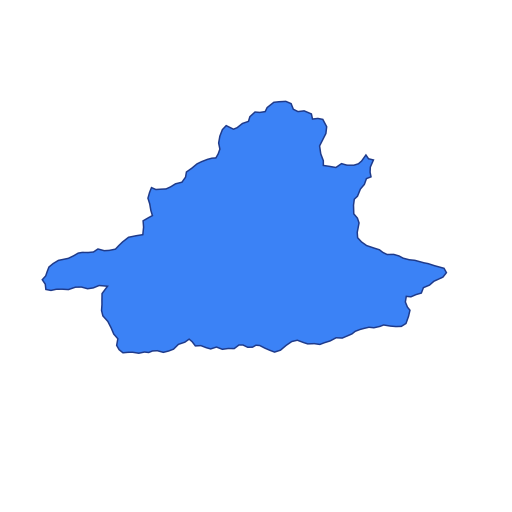 outline of Monteiro Lobato, São Paulo, Brazil, rotated 31°
{"feature_id": "56859067B72883060414156", "entity_name": "Monteiro Lobato", "entity_type": "district", "adm_level": 2, "iso_a3": "BRA", "parent_name": "Brazil", "parent_adm1": "São Paulo", "projection": "mercator", "projection_center": [-45.807, -22.938], "detail": "fine", "context": "isolated", "style": "filled", "palette": "blue", "viewbox_px": 512, "rotation_deg": 31, "n_neighbors": 0, "source": "geoboundaries", "source_scale": "gbopen_adm2", "svg_char_len": 2678}
<svg xmlns="http://www.w3.org/2000/svg" viewBox="0 0 512 512"><g transform="rotate(31 256 256)"><path d="M162.1,165.0L163.3,171.9L165.8,178.4L170.0,183.0L171.0,188.0L171.1,192.6L167.8,194.9L164.6,198.2L160.8,203.1L158.0,207.4L155.8,213.7L153.1,219.8L155.0,224.7L154.5,230.9L149.8,235.6L147.2,240.7L144.4,244.8L139.8,247.9L135.9,250.6L131.2,251.2L132.0,256.2L133.6,262.1L138.1,266.1L142.4,271.1L146.4,274.7L144.2,278.4L141.1,284.0L144.8,289.2L148.0,296.0L142.9,300.3L137.1,305.6L134.4,312.6L133.0,317.9L132.0,322.5L127.3,326.8L123.2,329.6L116.9,331.4L114.6,336.3L110.4,339.4L105.1,342.5L102.1,345.1L99.6,349.7L96.4,354.6L92.3,358.4L88.9,361.5L86.0,367.0L84.2,372.1L85.0,376.7L86.0,381.4L85.0,386.4L89.9,388.7L93.1,392.9L98.0,391.1L101.9,387.4L106.9,384.3L112.5,381.4L117.3,375.7L122.4,372.5L128.5,370.8L132.9,367.2L136.7,362.1L140.1,360.4L144.3,358.4L143.4,367.5L146.8,373.4L149.0,377.0L151.7,382.3L155.6,386.2L162.7,388.4L168.8,392.2L174.3,396.2L180.2,398.1L182.6,404.4L186.9,406.8L191.8,407.5L196.0,404.4L199.7,402.1L205.6,399.7L209.9,395.7L213.7,394.0L216.2,390.7L220.2,388.0L226.2,386.3L230.0,382.5L233.3,378.3L235.0,371.7L239.4,366.5L241.5,361.7L245.3,362.3L250.3,364.3L254.9,361.2L260.6,360.2L265.0,359.0L269.0,354.4L275.2,353.3L279.8,349.6L285.0,346.6L287.2,341.1L290.7,339.0L295.9,338.5L300.0,335.9L301.9,332.5L305.3,330.8L311.2,330.4L316.4,329.7L321.4,328.8L325.5,324.1L327.9,317.0L330.7,310.9L334.8,306.9L341.3,305.7L345.6,304.7L351.1,301.1L356.3,298.9L359.2,295.2L363.3,290.6L366.8,284.8L372.2,281.9L378.4,273.3L379.8,269.5L383.0,265.4L386.0,262.3L389.5,258.9L394.0,256.8L398.5,252.5L400.9,249.4L407.4,246.8L412.3,244.4L416.8,241.5L419.3,236.6L417.8,229.1L415.9,223.2L412.1,221.8L407.7,218.5L405.6,213.2L409.8,211.2L413.1,206.6L416.8,202.6L415.8,196.9L419.7,191.6L421.5,186.0L427.1,177.8L427.8,172.2L423.5,169.7L413.9,172.4L407.4,173.9L403.6,175.3L394.4,177.9L389.3,180.3L383.2,182.1L378.6,182.3L373.2,183.7L367.6,187.2L362.8,187.6L358.6,187.1L352.7,188.5L345.4,190.1L339.1,189.6L333.7,188.0L330.6,183.6L327.3,174.6L323.4,171.3L318.1,169.5L313.4,162.2L311.0,156.7L312.2,152.5L311.0,144.8L312.0,138.8L310.8,132.8L313.8,128.9L310.6,125.4L308.2,120.9L307.2,113.2L302.4,114.7L298.2,112.8L297.6,120.3L296.3,124.2L293.1,127.8L287.2,131.3L281.7,132.8L278.9,139.0L272.9,141.3L267.1,143.7L264.6,139.6L258.9,135.1L253.8,128.9L252.8,115.0L250.0,108.8L242.9,104.5L238.2,106.2L233.9,109.5L230.3,105.7L222.5,106.8L217.6,110.6L212.4,111.0L207.6,107.3L201.9,108.1L196.3,111.9L192.1,115.1L189.1,123.0L189.5,127.5L185.3,131.0L181.0,133.1L179.0,139.7L180.2,144.5L176.1,149.4L173.7,155.8L171.4,158.9L163.3,159.6L162.1,165.0Z" fill="#3b82f6" stroke="#1e3a8a" stroke-width="1.5"/></g></svg>